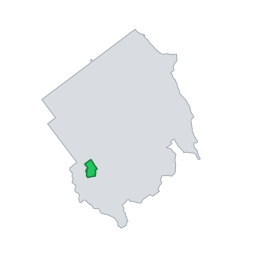 location of Kutum, North Darfur, Sudan, rotated 323°
{"feature_id": "16777658B71410798895125", "entity_name": "Kutum", "entity_type": "district", "adm_level": 2, "iso_a3": "SDN", "parent_name": "Sudan", "parent_adm1": "North Darfur", "projection": "robinson", "projection_center": [24.615, 14.495], "detail": "fine", "context": "in_parent", "style": "filled", "palette": "green", "viewbox_px": 256, "rotation_deg": 323, "n_neighbors": 0, "source": "geoboundaries", "source_scale": "gbopen_adm2", "svg_char_len": 4331}
<svg xmlns="http://www.w3.org/2000/svg" viewBox="0 0 256 256"><g transform="rotate(323 128 128)"><path d="M167.3,195.9L165.4,195.9L165.2,195.4L165.2,194.0L165.4,192.9L166.1,191.3L165.9,190.4L166.0,189.1L165.5,187.7L161.0,183.5L160.1,182.3L157.7,181.3L158.1,180.1L157.1,171.5L157.5,170.5L157.7,169.0L157.6,167.7L158.2,165.5L158.3,164.5L153.5,164.5L153.4,165.4L153.7,166.5L153.7,166.9L147.0,166.9L149.7,170.3L149.8,171.8L149.7,173.6L149.8,174.8L149.9,175.6L150.6,177.1L150.6,177.4L150.4,177.7L145.8,182.2L145.0,184.3L144.4,185.4L143.0,187.2L138.7,192.0L138.0,192.3L134.8,192.5L134.4,192.6L134.2,192.8L131.2,190.0L126.5,186.6L123.4,188.4L122.5,189.0L122.5,190.6L122.1,191.5L121.2,192.4L118.9,192.9L117.7,193.4L116.3,194.4L114.9,195.9L114.8,196.7L115.0,197.4L107.0,197.4L106.5,196.8L105.3,194.3L104.5,194.4L97.3,194.1L96.2,194.4L94.2,195.4L93.1,195.6L92.0,195.1L88.2,190.1L87.4,189.5L86.5,188.3L85.7,187.8L85.4,187.4L85.4,186.9L85.4,185.8L85.1,185.1L84.5,185.0L79.4,186.1L78.7,186.0L77.6,186.2L77.2,186.4L76.8,187.1L76.7,188.4L76.6,189.1L76.2,189.9L74.7,191.6L74.4,192.3L74.5,194.2L74.4,195.1L74.1,195.5L73.5,196.3L73.3,196.7L73.0,199.1L72.2,200.5L72.0,201.0L72.0,202.1L71.9,202.4L69.5,203.2L68.7,203.7L68.2,204.6L68.0,204.9L67.0,204.6L65.8,204.4L63.3,204.1L62.4,203.8L61.9,203.2L62.1,201.7L61.8,201.4L61.4,201.2L61.2,200.6L61.2,199.8L62.5,198.1L62.8,197.2L63.1,193.0L63.0,191.8L62.0,189.4L59.7,185.3L59.1,184.5L56.2,181.2L55.9,180.7L55.2,179.3L56.0,176.2L56.0,175.3L55.8,174.5L55.1,173.8L54.4,173.7L53.6,172.9L53.0,172.5L52.5,171.8L52.2,170.8L52.4,167.1L52.3,166.6L51.5,166.5L51.3,166.2L51.4,165.5L51.0,163.5L50.5,161.8L50.8,160.8L50.2,159.5L49.0,159.0L46.7,159.4L45.9,159.3L45.4,159.1L45.1,158.6L44.9,158.0L45.1,157.2L45.7,155.6L46.6,154.4L48.2,153.2L48.7,152.6L48.9,151.9L49.0,151.1L48.9,150.3L48.7,149.5L48.2,148.5L47.7,147.4L47.7,146.6L48.0,146.0L48.4,145.3L50.1,144.0L51.8,142.8L52.0,142.5L51.9,142.0L51.2,141.1L50.9,139.3L50.5,138.0L51.4,137.1L52.0,136.8L53.0,136.5L53.4,136.1L53.5,135.3L53.5,134.6L53.8,134.1L54.3,132.9L54.7,132.4L56.0,131.1L56.3,130.2L56.4,129.4L56.0,126.9L56.8,125.8L57.7,124.9L59.1,125.0L61.2,124.8L62.7,124.5L63.7,124.5L66.1,124.9L66.3,124.7L66.4,124.1L66.4,76.2L76.2,76.2L76.3,76.1L76.3,53.4L137.5,53.5L138.0,53.4L138.9,51.3L139.3,51.1L139.9,51.2L140.2,51.7L139.7,53.4L193.1,53.4L193.2,56.0L193.7,58.1L195.3,61.1L196.6,62.6L197.1,63.5L197.1,63.9L197.1,64.3L196.7,63.9L196.0,63.6L196.0,65.0L196.3,67.8L196.9,69.8L196.5,71.6L196.7,74.8L197.4,78.5L197.3,80.9L198.5,86.4L199.7,89.5L200.3,90.3L201.0,90.7L202.2,91.0L204.2,92.5L205.7,94.2L206.3,95.1L207.0,96.0L207.5,95.8L207.8,95.6L208.3,96.4L210.7,98.0L211.1,98.8L210.2,99.5L209.3,100.8L208.8,102.1L208.6,102.4L207.8,103.2L207.7,103.6L207.3,103.8L207.0,103.8L206.1,104.2L205.4,104.1L204.7,104.3L204.4,104.6L203.8,104.9L203.0,105.0L201.8,106.0L200.7,106.5L200.4,106.9L199.8,109.0L199.4,109.5L197.8,109.6L197.0,109.7L196.0,109.5L195.4,109.5L195.3,110.0L195.2,111.7L195.2,112.5L194.3,114.5L194.7,118.2L193.8,121.0L193.7,121.6L192.9,123.9L192.4,124.7L191.4,128.8L191.0,130.1L190.0,131.4L191.1,141.4L190.4,144.4L190.4,146.1L189.9,148.5L189.4,149.7L188.7,151.0L188.1,152.6L187.7,154.6L187.3,158.4L187.2,158.8L184.3,159.2L183.4,159.5L182.8,159.9L182.1,160.9L180.7,163.6L179.9,165.2L178.7,167.5L177.4,169.1L177.1,169.9L176.9,171.3L176.4,173.6L175.9,175.2L176.0,176.5L175.6,178.8L175.7,179.9L175.2,180.5L174.5,181.1L174.1,181.3L172.1,179.7L170.7,180.8L169.8,182.3L169.2,183.7L169.6,186.9L169.5,187.6L169.4,188.3L168.1,191.4L167.7,192.8L167.3,195.3L167.3,195.9Z" fill="#d9dde1" stroke="#a8b0b8" stroke-width="1"/><path d="M78.6,142.1L78.8,140.8L78.8,138.7L78.8,137.3L78.8,136.7L79.0,135.7L79.3,132.9L79.3,130.9L77.5,130.8L75.2,130.8L73.8,130.8L73.4,130.8L71.8,130.8L71.7,132.1L71.8,134.0L72.1,135.0L71.7,135.8L71.1,136.0L70.5,136.0L70.1,136.2L69.8,136.3L69.4,136.3L69.1,136.5L69.7,136.7L69.9,136.8L69.8,137.1L69.5,137.5L69.3,137.8L68.6,137.9L68.1,137.9L67.9,138.2L68.1,138.8L68.1,139.1L67.2,140.1L66.6,140.5L66.2,141.2L66.1,142.5L66.1,143.0L66.2,143.3L67.2,143.7L68.5,144.3L68.8,144.4L72.0,146.1L72.7,146.6L72.8,146.6L73.4,146.3L73.8,145.8L73.7,145.4L73.9,144.9L74.3,144.7L75.0,144.6L75.2,144.3L75.3,143.9L75.7,143.6L75.9,143.5L76.0,143.3L76.1,142.4L76.3,142.2L76.8,142.1L77.6,142.0L78.1,142.0L78.6,142.1Z" fill="#22c55e" stroke="#15803d" stroke-width="1.5"/></g></svg>